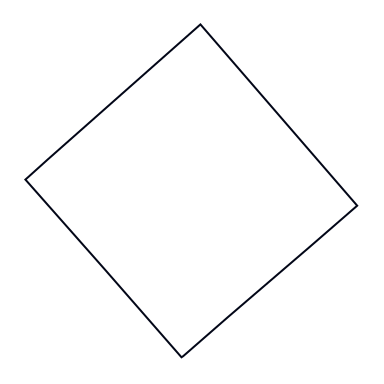 outline of Parker, Texas, United States of America, rotated 138°
{"feature_id": "52423323B6127736207828", "entity_name": "Parker", "entity_type": "district", "adm_level": 2, "iso_a3": "USA", "parent_name": "United States of America", "parent_adm1": "Texas", "projection": "mercator", "projection_center": [-97.745, 32.779], "detail": "fine", "context": "isolated", "style": "outline", "palette": "ink", "viewbox_px": 384, "rotation_deg": 138, "n_neighbors": 0, "source": "geoboundaries", "source_scale": "gbopen_adm2", "svg_char_len": 278}
<svg xmlns="http://www.w3.org/2000/svg" viewBox="0 0 384 384"><g transform="rotate(138 192 192)"><path d="M139.4,72.4L78.4,71.3L73.6,310.9L277.4,312.7L307.5,312.7L308.6,193.9L310.4,76.2L308.4,75.9L249.1,75.0L139.4,72.4Z" fill="none" stroke="#020617" stroke-width="2"/></g></svg>